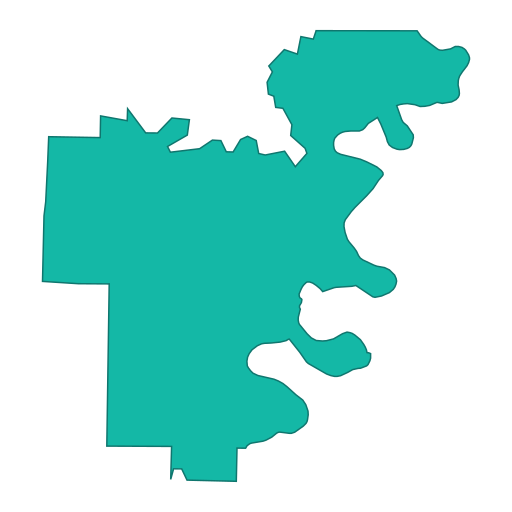 Desha, Arkansas, United States of America (orthographic projection)
{"feature_id": "52423323B73294334838827", "entity_name": "Desha", "entity_type": "district", "adm_level": 2, "iso_a3": "USA", "parent_name": "United States of America", "parent_adm1": "Arkansas", "projection": "orthographic", "projection_center": [-91.105, 33.818], "detail": "fine", "context": "isolated", "style": "filled", "palette": "teal", "viewbox_px": 512, "rotation_deg": 0, "n_neighbors": 0, "source": "geoboundaries", "source_scale": "gbopen_adm2", "svg_char_len": 3363}
<svg xmlns="http://www.w3.org/2000/svg" viewBox="0 0 512 512"><path d="M417.1,30.8L316.1,30.7L316.1,30.8L313.3,39.1L300.9,36.6L297.4,54.1L284.3,49.6L268.8,66.0L272.4,71.9L267.1,82.3L268.4,94.1L273.8,96.2L275.7,107.4L282.9,108.3L291.9,124.7L290.7,135.5L305.1,148.3L306.9,153.4L295.3,166.7L284.6,151.2L265.2,155.0L258.7,153.5L256.2,140.5L247.6,136.3L240.6,139.5L233.1,152.0L226.3,151.8L220.9,140.6L212.4,140.1L199.6,148.7L170.4,152.2L167.5,146.5L187.3,135.1L189.4,119.7L171.9,118.0L157.5,133.0L145.7,132.9L127.6,108.7L127.2,120.7L100.6,115.9L100.2,137.6L48.7,136.7L47.7,161.5L45.7,201.8L44.0,215.9L42.5,281.4L78.3,283.7L109.2,283.9L106.8,446.1L171.6,446.4L170.7,479.4L173.6,468.8L181.7,468.9L187.0,480.1L236.3,481.3L237.0,448.1L245.6,448.2L247.1,445.7L249.8,443.7L251.5,443.1L262.9,441.2L265.9,440.2L271.8,437.1L276.7,433.1L278.4,432.3L279.8,432.1L289.3,433.3L291.4,433.3L294.7,432.2L303.3,426.1L306.0,423.4L307.0,421.6L307.5,419.7L308.2,414.8L308.0,411.1L306.7,407.3L305.8,404.7L302.8,400.1L295.7,394.6L287.2,386.9L282.9,383.5L278.4,381.0L274.0,379.2L257.9,375.5L253.0,373.2L250.6,370.8L248.4,367.9L247.3,365.9L246.9,361.2L247.6,357.1L249.2,353.6L252.1,349.7L257.4,345.7L261.6,343.8L264.5,343.3L271.1,343.0L280.1,342.1L286.2,340.6L288.3,339.3L289.3,339.1L299.7,352.2L306.4,361.8L308.3,363.5L326.6,374.0L330.9,375.6L334.6,376.4L337.1,376.4L340.6,375.7L347.7,372.4L352.7,369.6L358.0,368.4L360.6,368.2L366.6,365.9L368.0,364.6L369.9,360.8L370.6,358.2L370.6,353.6L368.7,352.8L367.0,352.6L366.4,349.8L365.2,347.0L363.8,344.5L360.4,339.7L354.9,335.1L352.2,333.4L349.8,332.6L347.0,332.1L342.5,333.7L333.5,338.9L326.5,340.7L322.5,341.0L316.2,340.5L311.3,337.9L307.1,333.8L299.4,324.4L298.7,322.8L298.2,320.2L298.3,317.1L300.3,309.2L299.5,307.5L299.5,305.8L301.4,302.6L301.9,299.7L301.5,298.9L300.1,298.0L299.3,296.5L299.1,294.0L301.1,289.2L302.4,286.7L304.0,284.6L306.2,282.5L307.2,282.0L309.7,282.0L312.6,283.0L316.1,285.3L320.1,288.6L322.7,291.6L334.1,287.7L336.2,287.3L351.8,286.3L355.9,285.5L372.8,296.8L375.0,297.3L381.5,296.0L389.4,292.6L393.3,289.3L394.9,286.9L396.0,284.1L396.6,281.1L396.1,278.5L394.6,275.1L389.4,269.9L384.6,267.6L376.9,266.2L373.8,265.1L363.0,260.0L360.3,258.1L358.5,255.6L356.6,251.5L354.1,247.9L349.0,241.8L347.4,239.3L345.1,232.5L344.0,226.6L344.1,222.9L345.3,219.7L351.3,211.6L355.0,207.4L366.6,195.8L373.0,188.7L378.5,180.4L382.6,175.6L383.1,174.5L382.9,172.7L381.3,170.6L376.8,166.9L367.0,162.0L360.3,159.2L340.6,154.3L340.2,154.1L337.1,152.7L335.4,151.1L334.2,148.8L333.6,145.3L333.6,142.5L334.0,140.4L334.7,138.3L337.6,135.0L340.1,133.3L342.5,132.2L345.1,131.5L350.6,131.0L359.3,131.0L362.7,129.7L364.7,127.9L368.3,123.4L377.5,117.5L380.8,124.0L386.2,137.1L387.4,141.6L389.2,145.0L392.5,147.5L397.0,149.2L399.6,149.6L403.7,149.4L407.4,148.4L409.4,147.3L410.9,145.7L411.8,144.0L413.4,137.7L413.2,134.8L407.3,125.9L403.2,122.4L401.7,119.8L396.7,105.6L400.0,104.5L403.6,103.9L407.4,103.6L415.0,104.7L420.1,106.5L424.8,106.3L429.7,105.4L436.6,102.5L437.6,102.4L442.2,103.4L451.6,101.9L456.0,99.6L458.1,97.4L459.1,95.4L459.4,93.5L459.1,89.9L458.1,85.0L458.3,80.5L458.8,78.3L459.7,75.9L462.3,71.9L467.0,65.8L468.6,62.6L469.5,59.4L469.5,57.8L468.6,54.9L465.7,50.2L464.3,48.9L462.0,47.4L458.6,46.5L455.2,46.5L450.5,48.9L442.5,50.3L439.8,50.1L438.0,49.4L422.5,37.9L421.1,36.5L417.1,30.8Z" fill="#14b8a6" stroke="#0f766e" stroke-width="1.5"/></svg>